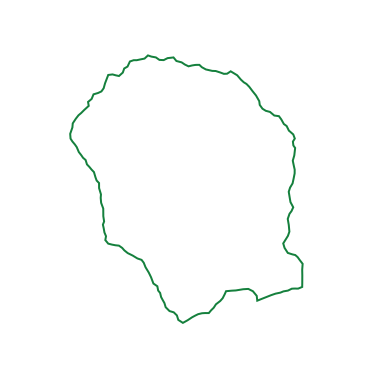 the district of Piratininga, São Paulo, Brazil, rotated 199°
{"feature_id": "56859067B94556875312547", "entity_name": "Piratininga", "entity_type": "district", "adm_level": 2, "iso_a3": "BRA", "parent_name": "Brazil", "parent_adm1": "São Paulo", "projection": "orthographic", "projection_center": [-49.192, -22.416], "detail": "fine", "context": "isolated", "style": "outline", "palette": "green", "viewbox_px": 384, "rotation_deg": 199, "n_neighbors": 0, "source": "geoboundaries", "source_scale": "gbopen_adm2", "svg_char_len": 2364}
<svg xmlns="http://www.w3.org/2000/svg" viewBox="0 0 384 384"><g transform="rotate(199 192 192)"><path d="M312.0,192.9L308.9,190.9L306.2,188.9L303.0,187.6L300.3,183.9L297.2,182.3L294.3,180.5L291.2,178.9L288.0,174.4L285.9,171.8L282.8,170.2L281.1,165.4L277.3,160.1L276.4,156.7L274.4,152.2L270.5,147.4L269.2,143.7L268.0,140.3L265.5,135.5L265.6,132.1L263.7,129.0L261.6,125.2L258.9,122.2L258.3,118.3L254.4,115.9L250.6,116.2L247.1,116.7L243.6,117.5L239.8,116.4L237.0,114.8L232.9,113.3L227.4,112.6L222.0,111.4L217.6,111.4L214.6,109.4L211.4,105.7L206.6,101.7L203.0,98.1L198.7,92.9L194.1,91.6L191.9,87.8L189.3,86.2L187.0,82.6L184.5,80.3L181.9,78.0L179.4,74.5L174.5,72.1L170.1,72.3L166.1,70.4L163.3,66.6L158.0,65.3L154.4,69.3L151.1,73.6L148.7,76.2L146.4,78.5L143.1,80.6L140.0,81.9L136.7,83.0L135.4,86.4L133.8,89.6L132.8,93.6L129.8,98.2L128.4,101.6L127.8,105.9L127.5,109.3L122.4,111.6L118.5,113.2L112.0,116.7L107.2,118.7L102.1,118.0L97.0,114.9L94.9,110.5L91.2,113.7L83.5,120.3L79.9,123.1L75.7,125.6L73.2,127.8L69.2,130.0L66.1,133.1L63.3,134.2L60.2,135.2L56.9,138.1L58.3,142.4L60.5,148.9L62.5,154.4L64.0,160.1L67.8,162.6L70.9,164.8L73.8,166.0L76.8,165.7L81.6,165.6L86.3,169.3L89.0,173.1L87.0,181.8L87.0,186.2L89.8,192.4L92.7,197.7L92.7,203.2L91.7,206.3L91.3,210.5L95.6,214.5L97.9,218.7L100.6,223.7L100.7,228.1L99.7,232.9L100.3,237.9L101.0,243.0L102.2,246.6L104.6,250.5L106.9,254.4L107.2,259.9L108.8,267.2L111.3,269.0L113.0,272.5L112.2,276.0L115.0,279.4L120.4,281.6L124.0,285.2L127.3,286.2L131.2,289.7L134.5,292.0L139.1,291.1L144.3,293.1L148.7,292.8L152.5,293.7L156.3,296.4L158.0,299.8L162.9,304.1L167.8,307.2L172.1,310.1L175.7,311.9L178.8,312.6L182.4,314.2L187.3,317.1L194.7,318.7L197.3,315.3L200.3,314.1L204.1,314.2L209.0,314.1L212.3,313.1L218.8,312.4L223.3,313.2L226.4,314.6L230.1,313.3L233.1,311.7L236.2,309.7L240.3,310.2L244.0,311.2L249.4,310.8L253.3,313.2L258.7,310.6L261.7,307.5L265.8,306.3L270.0,307.5L274.5,306.8L278.1,306.8L280.3,302.7L284.4,300.3L287.2,298.6L290.1,297.6L293.2,295.2L293.8,289.6L296.3,286.7L296.3,282.4L298.8,277.9L302.1,277.5L305.4,277.3L309.3,275.4L309.6,266.5L309.3,261.3L310.4,257.6L313.1,255.0L316.9,252.3L317.2,247.3L319.6,243.3L317.7,239.8L320.6,234.5L322.5,230.6L324.3,227.6L325.7,223.5L327.1,218.1L326.1,214.1L326.1,207.3L324.2,202.9L321.5,200.8L318.2,198.8L315.6,196.9L312.0,192.9Z" fill="none" stroke="#15803d" stroke-width="2"/></g></svg>